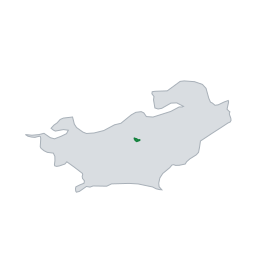 Escazu, San José, Costa Rica shown in context, rotated 127°
{"feature_id": "36466004B13672837232461", "entity_name": "Escazu", "entity_type": "district", "adm_level": 2, "iso_a3": "CRI", "parent_name": "Costa Rica", "parent_adm1": "San José", "projection": "orthographic", "projection_center": [-84.155, 9.916], "detail": "fine", "context": "in_parent", "style": "filled", "palette": "green", "viewbox_px": 256, "rotation_deg": 127, "n_neighbors": 0, "source": "geoboundaries", "source_scale": "gbopen_adm2", "svg_char_len": 2533}
<svg xmlns="http://www.w3.org/2000/svg" viewBox="0 0 256 256"><g transform="rotate(127 128 128)"><path d="M210.3,130.6L210.0,131.5L209.1,132.5L207.9,133.5L206.3,134.2L202.4,132.2L198.6,129.9L196.4,131.0L195.7,133.9L194.2,135.5L192.5,136.1L191.7,137.1L191.6,147.1L191.8,156.5L194.7,156.7L199.6,160.0L201.6,161.9L202.3,163.7L201.7,164.6L198.2,166.6L194.7,169.3L193.0,172.5L196.0,177.8L196.7,181.3L196.6,185.1L195.8,186.8L189.1,191.2L187.6,192.7L187.8,193.8L191.5,196.7L193.3,199.6L194.8,203.0L195.0,206.0L191.6,200.4L186.9,195.2L182.8,191.9L182.5,184.3L180.9,180.2L174.8,176.4L169.5,173.7L165.7,174.3L168.1,178.6L174.2,184.2L174.6,186.4L174.5,189.3L170.3,188.9L166.6,187.7L162.0,187.3L159.0,185.6L152.6,178.9L157.2,173.2L158.6,169.4L158.4,161.6L157.4,157.9L152.4,152.1L144.6,145.8L133.6,140.7L128.5,136.5L115.6,133.3L110.8,131.2L107.0,127.3L106.4,124.5L107.8,120.2L104.2,114.6L89.0,103.8L80.4,99.8L78.6,97.4L77.3,96.7L78.6,104.2L82.3,108.7L92.0,112.9L94.7,115.4L95.8,118.6L90.1,124.6L87.2,126.2L86.3,129.5L84.5,130.5L82.5,128.6L74.7,119.0L59.4,114.4L56.6,111.5L51.0,102.8L48.4,94.8L49.4,89.5L55.7,81.3L57.7,77.7L57.3,75.5L57.5,72.2L55.2,69.9L49.4,66.9L45.7,64.5L46.7,63.3L53.4,60.2L53.8,57.3L53.8,56.3L54.9,56.1L55.9,55.4L56.5,54.6L58.3,51.8L59.9,50.3L61.7,50.0L63.9,51.2L72.3,54.2L81.5,57.6L94.8,62.3L100.3,59.3L105.0,57.0L108.3,57.3L115.4,60.0L119.7,60.9L122.3,60.6L126.9,64.6L129.3,67.6L129.8,69.5L131.1,70.6L134.7,70.8L143.4,72.9L148.7,72.5L153.5,70.3L156.2,67.8L157.0,63.8L158.2,65.7L159.6,68.9L160.3,72.9L166.6,86.3L171.6,93.8L182.5,107.5L187.3,110.0L195.3,121.0L198.1,122.8L199.7,126.0L208.0,128.7L210.3,130.6Z" fill="#d9dde1" stroke="#a8b0b8" stroke-width="1"/><path d="M130.4,111.0L130.4,111.3L130.5,111.5L130.7,111.8L130.8,111.9L130.8,112.0L131.0,112.1L131.2,112.3L131.3,112.3L131.4,112.7L131.4,112.8L131.5,112.9L131.5,113.0L131.6,113.3L131.6,113.5L131.6,113.8L131.5,114.0L131.5,114.3L131.5,114.5L131.6,114.8L131.7,115.0L131.9,115.2L131.9,115.3L132.0,115.4L132.0,115.6L132.1,115.8L132.1,116.0L132.2,116.3L132.2,116.5L132.3,116.7L132.5,116.6L132.8,116.4L132.9,116.2L132.9,115.9L132.8,115.7L133.0,115.5L133.0,115.4L133.1,115.2L133.3,115.1L133.5,114.9L133.5,114.4L133.5,114.0L133.5,113.5L133.5,113.2L133.4,113.1L133.4,112.9L133.2,112.8L133.0,112.7L132.9,112.7L132.7,112.7L132.4,112.6L132.4,112.4L132.2,112.4L132.1,112.2L131.9,112.1L131.8,111.9L131.7,111.9L131.4,111.8L131.3,111.7L131.2,111.6L131.1,111.4L130.9,111.3L130.8,111.2L130.7,111.2L130.4,111.2L130.4,111.0Z" fill="#22c55e" stroke="#15803d" stroke-width="1.5"/></g></svg>